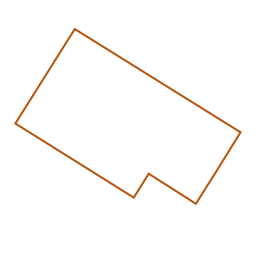 the district of Rusk, Wisconsin, United States of America, rotated 32°
{"feature_id": "52423323B92810737179268", "entity_name": "Rusk", "entity_type": "district", "adm_level": 2, "iso_a3": "USA", "parent_name": "United States of America", "parent_adm1": "Wisconsin", "projection": "mercator", "projection_center": [-91.064, 45.465], "detail": "fine", "context": "isolated", "style": "outline", "palette": "amber", "viewbox_px": 256, "rotation_deg": 32, "n_neighbors": 0, "source": "geoboundaries", "source_scale": "gbopen_adm2", "svg_char_len": 255}
<svg xmlns="http://www.w3.org/2000/svg" viewBox="0 0 256 256"><g transform="rotate(32 128 128)"><path d="M30.4,72.3L30.1,183.9L169.8,184.0L169.8,155.8L225.7,156.3L225.9,118.9L225.7,72.0L30.4,72.3Z" fill="none" stroke="#b45309" stroke-width="2"/></g></svg>